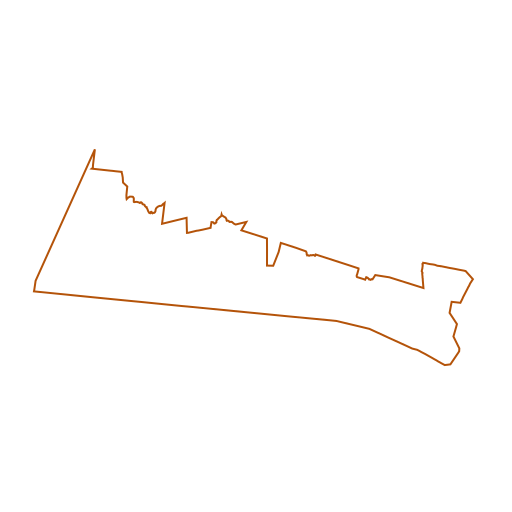 outline of San Miguel Chimalapa, Oaxaca, Mexico, rotated 185°
{"feature_id": "50627088B25043712446087", "entity_name": "San Miguel Chimalapa", "entity_type": "district", "adm_level": 2, "iso_a3": "MEX", "parent_name": "Mexico", "parent_adm1": "Oaxaca", "projection": "robinson", "projection_center": [-94.468, 16.624], "detail": "fine", "context": "isolated", "style": "outline", "palette": "amber", "viewbox_px": 512, "rotation_deg": 185, "n_neighbors": 0, "source": "geoboundaries", "source_scale": "gbopen_adm2", "svg_char_len": 5138}
<svg xmlns="http://www.w3.org/2000/svg" viewBox="0 0 512 512"><g transform="rotate(185 256 256)"><path d="M473.4,212.1L473.9,203.4L474.1,201.4L416.7,200.7L378.3,200.3L365.8,200.2L350.6,200.0L325.5,199.7L319.9,199.7L257.7,199.1L246.4,199.0L219.3,198.7L177.5,198.4L170.3,198.3L146.6,194.8L136.7,193.3L132.8,191.9L116.4,186.0L98.6,179.7L92.3,177.4L87.3,176.6L84.8,175.6L83.1,174.8L78.9,173.1L75.4,171.5L73.6,170.7L71.6,169.8L69.5,168.8L67.2,167.8L65.1,166.7L63.6,166.1L62.2,165.4L61.0,164.9L59.4,164.2L58.5,163.8L55.6,164.4L52.9,165.0L46.0,177.4L45.3,178.8L45.4,181.7L52.3,193.0L50.5,202.3L49.9,205.7L58.2,216.2L57.1,227.4L48.3,227.2L46.6,231.5L46.1,233.1L42.6,241.5L41.8,243.6L41.2,244.7L41.2,244.8L40.9,245.6L40.3,247.3L37.9,251.8L45.9,259.3L47.0,259.4L47.2,259.5L51.4,259.9L53.3,260.1L55.9,260.4L57.7,260.6L57.9,260.6L59.9,260.8L61.4,260.9L62.4,261.0L64.2,261.2L65.5,261.4L65.8,261.4L71.0,262.0L71.1,261.9L71.7,262.0L74.5,262.1L77.0,262.8L79.1,263.0L82.2,263.1L83.8,263.3L84.7,263.4L85.1,263.5L86.8,263.7L88.0,263.7L88.8,263.8L88.8,263.7L89.0,263.4L89.2,263.0L89.2,262.5L89.2,262.2L89.4,262.2L89.2,261.3L89.2,261.0L89.1,260.9L89.1,260.6L89.2,259.1L89.2,257.8L89.3,257.7L89.6,255.3L89.0,254.3L89.0,254.2L88.6,253.6L88.8,253.1L88.9,252.9L88.3,249.9L88.2,248.8L87.9,247.9L87.9,247.5L87.7,246.4L87.7,246.0L87.6,245.6L86.4,238.7L90.1,239.5L121.3,246.4L131.6,247.1L135.5,247.4L137.9,242.9L138.6,242.8L138.8,243.0L139.2,242.8L139.4,242.5L140.0,242.2L140.8,242.7L141.3,242.5L141.5,242.7L141.8,243.1L142.7,243.9L142.8,243.9L143.3,243.9L143.4,244.2L143.5,244.3L144.3,244.5L145.2,241.9L146.6,242.3L150.2,243.1L153.5,243.8L153.8,244.2L154.0,245.1L153.9,245.8L153.6,246.8L152.7,251.8L152.8,252.6L155.4,253.2L163.5,255.1L196.7,262.7L196.8,262.2L196.9,261.8L196.9,261.6L197.0,261.4L197.3,261.3L197.6,261.4L197.8,261.6L198.0,261.7L198.2,261.8L198.4,261.9L198.6,262.0L198.8,262.0L199.0,261.9L199.4,261.9L199.6,261.8L199.8,261.8L200.1,261.6L200.3,261.6L200.6,261.6L200.8,261.5L201.0,261.5L201.4,261.6L201.7,261.6L202.1,261.3L202.4,261.2L202.7,261.1L202.8,261.0L203.1,260.9L203.4,261.0L203.6,261.0L203.8,261.1L204.0,261.1L204.3,261.2L204.4,261.3L205.1,261.1L205.2,261.4L205.3,261.7L205.5,261.9L205.6,262.0L205.7,262.5L205.7,262.8L205.8,263.2L205.9,263.6L206.1,264.1L206.3,264.4L206.5,264.7L206.7,265.0L216.7,267.6L232.4,271.2L233.8,261.9L238.0,247.8L244.2,247.4L245.6,263.6L246.6,274.4L263.9,278.3L272.8,280.3L268.6,289.1L279.0,285.6L279.5,285.8L280.0,285.9L280.5,286.2L280.9,286.3L281.5,286.8L282.0,287.1L282.7,287.7L283.3,287.9L283.5,287.8L283.9,287.9L284.1,287.9L284.4,287.8L284.7,287.7L284.9,287.6L285.3,287.6L285.7,287.9L285.9,288.2L286.1,288.4L286.3,288.5L286.7,288.7L286.8,288.7L287.2,288.8L287.5,288.8L287.7,288.7L287.8,288.6L288.1,288.5L288.4,288.9L288.6,289.6L288.7,290.0L288.9,290.6L289.0,290.8L289.4,291.1L289.6,291.4L289.8,291.7L290.1,291.8L290.4,292.0L291.0,292.2L291.3,292.4L291.5,292.5L291.9,292.7L292.2,292.9L292.5,293.0L292.8,293.2L293.0,293.2L293.3,293.3L293.4,293.5L293.6,293.7L293.9,294.4L294.0,293.7L294.0,293.3L294.1,293.0L294.4,292.5L294.8,292.1L295.3,291.7L295.6,291.4L295.8,291.2L296.1,290.9L296.3,290.6L296.6,290.3L296.9,289.9L297.2,289.5L297.4,289.2L298.2,288.5L298.2,288.1L298.5,287.5L298.5,286.8L298.4,286.2L298.6,286.0L299.1,285.3L299.2,285.1L299.4,285.0L299.5,285.0L299.8,285.0L300.0,284.9L300.3,284.8L300.4,284.7L300.6,284.8L300.7,285.0L300.8,285.1L301.1,285.3L301.2,285.5L301.4,285.7L301.6,285.8L301.8,285.9L302.1,285.9L302.3,285.9L302.5,285.9L303.0,285.9L303.3,285.9L303.7,280.9L303.7,280.1L311.4,277.6L315.8,276.3L317.3,276.0L325.6,273.2L326.8,273.0L328.5,288.0L338.6,284.6L352.4,279.9L351.7,300.9L351.9,300.7L352.0,300.5L352.3,300.3L352.8,300.0L353.1,299.7L353.3,299.4L353.6,299.0L353.9,298.6L354.2,298.2L354.5,298.0L354.9,297.7L355.6,297.6L356.1,297.6L357.0,297.2L357.4,297.0L357.9,296.7L358.5,296.1L359.1,295.6L359.6,294.8L359.8,294.4L359.9,293.9L360.1,293.1L360.0,292.2L360.2,291.7L360.3,291.3L360.5,290.8L360.9,290.3L361.3,290.1L361.5,290.0L361.9,290.1L362.3,290.0L362.7,289.7L362.9,289.5L363.1,289.6L363.4,289.8L363.5,290.1L363.6,290.3L363.7,290.5L364.0,290.9L364.3,290.9L364.6,290.7L364.8,290.3L364.7,290.0L364.8,289.7L365.1,289.6L365.2,289.4L366.2,289.7L366.9,290.7L367.4,291.4L368.0,292.7L368.4,293.4L368.6,293.9L369.1,294.3L369.2,295.1L369.8,295.2L370.1,295.3L370.6,295.8L370.9,296.0L371.3,296.6L371.4,297.0L371.6,297.3L372.8,297.6L373.5,297.7L373.8,298.2L373.9,298.6L374.3,298.9L374.7,299.3L375.1,299.5L375.4,299.5L375.6,299.4L375.8,299.1L375.9,298.9L376.1,298.8L376.4,298.7L377.1,299.1L378.1,299.3L379.2,299.5L380.2,299.5L381.3,299.2L381.7,299.1L382.2,299.1L382.4,299.2L382.5,299.7L382.6,300.1L382.6,301.2L382.8,303.0L383.3,303.5L383.6,304.0L383.8,304.2L384.6,304.3L385.7,304.2L385.9,304.2L386.5,304.2L387.0,304.1L387.5,303.6L388.1,303.3L388.3,303.2L389.8,301.4L390.1,302.5L390.4,305.4L390.3,314.0L394.4,317.2L394.7,317.4L394.8,317.5L394.9,317.9L395.1,319.2L395.6,322.6L396.4,325.6L397.1,327.5L397.2,328.1L403.6,328.2L406.0,328.3L408.4,328.3L422.7,328.6L427.2,328.7L426.2,329.7L426.3,331.5L426.3,332.8L426.1,339.1L425.8,348.2L429.7,337.1L473.4,212.1Z" fill="none" stroke="#b45309" stroke-width="2"/></g></svg>